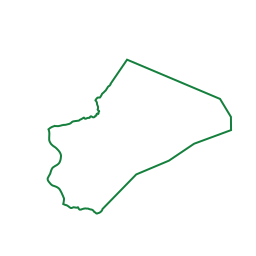 the district of Las Lajas, Comayagua, Honduras, rotated 331°
{"feature_id": "27666195B78800320029736", "entity_name": "Las Lajas", "entity_type": "district", "adm_level": 2, "iso_a3": "HND", "parent_name": "Honduras", "parent_adm1": "Comayagua", "projection": "robinson", "projection_center": [-87.665, 14.899], "detail": "fine", "context": "isolated", "style": "outline", "palette": "green", "viewbox_px": 256, "rotation_deg": 331, "n_neighbors": 0, "source": "geoboundaries", "source_scale": "gbopen_adm2", "svg_char_len": 4951}
<svg xmlns="http://www.w3.org/2000/svg" viewBox="0 0 256 256"><g transform="rotate(331 128 128)"><path d="M57.8,90.6L57.7,91.3L57.5,92.2L57.3,93.0L57.1,93.5L56.7,94.3L56.4,95.0L56.0,95.6L54.9,97.4L54.4,98.2L54.1,98.8L53.6,99.6L53.4,100.1L53.2,100.5L53.1,100.9L53.0,101.4L52.9,101.9L52.9,102.2L52.9,102.6L52.9,102.9L52.9,103.4L52.9,103.9L52.9,104.3L53.0,104.8L53.1,105.1L53.2,105.5L53.5,106.5L53.8,107.3L53.9,107.5L54.2,108.0L54.3,108.4L54.6,108.9L54.8,109.3L55.1,109.8L55.2,110.2L55.4,110.7L55.6,111.3L55.9,112.4L56.2,113.6L56.4,114.5L56.4,114.9L56.5,115.5L56.6,116.2L56.6,116.6L56.6,116.9L56.5,117.4L56.5,117.9L56.4,118.2L56.3,118.8L56.1,119.5L56.0,119.8L55.8,120.0L55.7,120.2L55.3,120.8L54.7,121.6L54.3,122.2L53.6,123.0L52.9,123.7L52.3,124.2L52.0,124.5L51.5,124.8L51.3,125.0L51.0,125.1L50.7,125.3L50.4,125.4L49.7,125.6L49.3,125.7L48.5,125.8L47.9,125.9L47.3,125.9L46.7,125.9L45.8,125.9L45.0,126.0L44.2,126.0L43.5,126.1L43.0,126.2L42.7,126.3L42.4,126.4L42.0,126.6L41.6,126.9L41.2,127.1L40.9,127.4L40.1,128.0L39.6,128.5L38.8,129.2L38.1,130.0L37.8,130.2L37.6,130.3L37.4,130.5L37.1,130.7L35.9,131.4L35.2,131.8L34.1,132.6L33.7,132.8L33.5,133.0L33.3,133.2L33.1,133.5L33.0,133.8L32.8,134.1L32.7,134.4L32.6,134.8L32.6,135.2L32.6,135.6L32.6,136.2L32.7,136.7L32.9,137.8L33.0,138.3L33.1,138.9L33.3,139.7L33.5,140.4L33.8,141.0L33.9,141.3L34.0,141.5L34.4,142.0L35.2,142.8L35.7,143.4L36.8,144.7L37.1,145.2L37.4,145.6L37.6,146.0L37.8,146.4L38.0,146.8L38.2,147.3L38.3,147.7L38.4,148.2L38.5,148.6L38.5,149.0L38.5,149.4L38.5,150.3L38.5,150.8L38.5,151.7L38.5,152.2L38.3,154.4L38.2,155.9L38.0,157.3L37.9,158.5L37.8,158.8L37.6,159.0L37.4,159.4L37.2,159.8L36.7,160.4L36.4,160.8L36.0,161.4L35.2,162.3L34.5,163.1L35.4,164.3L35.8,164.8L36.2,165.2L36.8,165.7L37.1,166.2L37.4,166.7L38.1,168.0L38.3,168.6L38.4,168.9L38.7,169.4L38.9,169.8L39.3,170.3L39.8,170.6L41.0,170.8L41.5,170.8L42.1,171.0L42.3,171.2L43.0,171.7L43.6,172.2L44.1,172.6L45.0,173.0L45.6,173.0L45.9,173.3L45.8,174.0L45.8,174.4L45.8,174.9L46.0,175.7L46.2,176.0L46.5,176.1L47.1,176.5L47.6,176.6L48.1,176.6L48.8,176.8L49.8,177.0L50.3,177.1L50.9,177.4L51.5,177.5L52.0,177.9L52.5,178.3L53.0,178.5L53.6,178.9L54.0,179.1L54.4,179.6L54.7,180.1L55.0,180.3L55.5,180.8L56.0,181.3L56.5,181.6L56.9,182.0L57.1,182.3L57.4,182.9L57.6,183.4L57.7,184.2L57.7,184.7L58.3,185.8L58.5,186.2L58.6,186.5L58.7,187.0L59.0,187.4L59.4,187.8L60.1,187.9L60.8,188.0L61.5,188.2L62.1,188.2L63.0,188.2L63.7,188.0L64.3,187.9L64.7,187.7L65.4,187.4L66.4,186.5L112.7,172.6L148.0,176.4L178.2,173.8L217.1,179.8L223.4,168.2L222.6,147.2L160.3,67.8L134.2,80.9L134.1,81.1L133.9,81.4L133.7,81.5L132.8,81.9L132.5,82.0L131.6,82.1L130.9,82.2L130.7,82.2L130.4,82.3L130.0,82.5L129.6,82.8L129.2,83.0L128.7,83.3L128.4,83.4L128.2,83.5L127.4,84.0L127.0,84.2L126.8,84.3L126.5,84.4L126.3,84.5L125.6,84.6L125.2,84.7L124.7,84.9L124.0,85.1L123.7,85.2L123.0,85.3L122.8,85.3L122.4,85.4L122.0,85.5L121.8,85.6L121.6,85.8L120.9,86.3L120.2,86.7L119.2,87.3L118.7,87.5L118.4,87.7L118.2,87.7L117.0,87.1L116.4,86.8L116.2,86.7L115.9,86.7L114.2,87.3L113.8,87.5L113.4,87.7L113.1,87.9L113.0,88.0L112.9,88.1L112.9,88.3L113.1,88.6L113.1,88.9L113.2,89.1L113.2,89.3L113.2,89.5L113.1,90.5L113.1,90.8L113.0,91.0L112.9,91.2L112.8,91.4L112.6,91.7L112.5,92.1L112.4,92.5L112.3,93.2L112.2,94.0L112.1,94.5L112.1,94.8L111.9,95.2L111.8,95.5L111.7,95.7L111.3,96.2L111.0,96.6L110.8,96.8L110.5,97.0L110.4,97.1L110.4,97.4L110.4,97.7L110.5,98.0L110.6,98.5L110.8,98.7L110.9,98.8L110.9,99.1L110.9,99.3L110.8,99.5L110.7,99.6L110.4,99.6L110.0,99.8L109.8,100.0L109.6,100.2L109.5,100.3L109.4,100.4L109.4,100.7L109.3,100.9L109.2,101.0L108.9,101.2L108.7,101.2L108.5,100.9L108.4,100.9L108.1,100.7L107.8,100.5L107.7,100.5L107.4,100.6L107.1,100.8L107.0,101.0L106.7,101.3L106.5,101.6L106.4,101.7L106.3,101.8L106.2,101.8L105.9,101.6L105.7,101.5L105.4,101.5L105.2,101.6L104.9,101.8L104.6,102.0L104.2,102.1L103.9,102.1L103.7,102.1L103.4,102.1L103.2,102.0L102.9,101.9L102.7,101.7L102.3,101.4L102.2,101.1L101.8,100.5L101.7,100.2L101.4,100.0L101.3,99.9L101.2,99.8L100.7,99.8L100.4,99.9L100.2,99.9L100.0,100.0L99.9,100.1L99.7,100.3L99.4,100.4L99.2,100.4L98.9,100.2L98.5,100.1L98.0,99.8L97.7,99.7L96.8,99.5L96.5,99.5L96.1,99.5L95.8,99.4L95.6,99.4L95.4,99.3L95.2,99.2L94.8,98.9L94.7,98.6L94.6,98.4L94.7,98.2L94.7,97.9L94.6,97.7L94.3,97.5L94.2,97.5L93.9,97.5L93.2,97.6L92.1,97.6L91.0,97.6L90.2,97.5L89.7,97.5L89.4,97.6L89.0,97.7L88.9,97.7L88.7,97.7L88.3,97.6L86.3,96.8L85.3,96.4L84.2,96.0L83.9,95.9L83.4,95.7L83.0,95.6L82.8,95.6L82.5,95.6L81.8,95.6L81.5,95.7L80.9,95.9L80.6,95.9L80.4,95.9L79.9,96.0L79.2,96.0L78.8,95.9L78.5,95.9L78.1,95.8L77.8,95.7L77.1,95.5L76.7,95.4L76.3,95.3L75.4,95.1L74.9,94.9L74.6,94.8L74.4,94.7L74.1,94.6L73.8,94.4L73.5,94.2L73.2,94.1L72.9,94.0L72.3,93.8L71.3,93.5L70.3,93.3L69.3,93.0L68.4,92.7L68.0,92.6L67.4,92.3L66.9,92.0L66.3,91.6L64.9,90.8L64.8,90.6L64.7,90.6L63.3,90.4L62.0,90.2L61.6,90.2L61.0,90.2L60.2,90.2L59.6,90.3L59.0,90.4L57.8,90.6Z" fill="none" stroke="#15803d" stroke-width="2"/></g></svg>